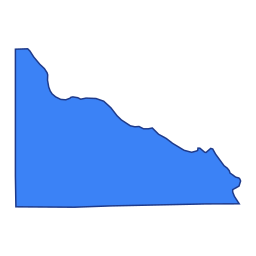 outline of Presque Isle, Michigan, United States of America
{"feature_id": "52423323B16586012901147", "entity_name": "Presque Isle", "entity_type": "district", "adm_level": 2, "iso_a3": "USA", "parent_name": "United States of America", "parent_adm1": "Michigan", "projection": "orthographic", "projection_center": [-83.792, 45.413], "detail": "fine", "context": "isolated", "style": "filled", "palette": "blue", "viewbox_px": 256, "rotation_deg": 0, "n_neighbors": 0, "source": "geoboundaries", "source_scale": "gbopen_adm2", "svg_char_len": 863}
<svg xmlns="http://www.w3.org/2000/svg" viewBox="0 0 256 256"><path d="M27.7,48.8L15.4,49.2L15.4,176.1L15.9,206.8L74.3,207.2L110.9,205.9L206.4,203.9L239.2,203.8L234.4,196.4L232.7,192.1L232.7,189.6L239.0,186.1L240.6,181.0L239.8,179.0L238.9,178.0L235.6,177.1L230.0,173.0L229.3,170.8L227.3,168.2L224.0,165.7L215.6,154.2L212.7,149.0L210.7,148.4L206.0,152.5L204.6,152.2L199.9,148.2L198.0,148.1L197.7,150.3L196.8,150.9L191.6,152.3L184.1,150.3L172.5,143.3L166.3,138.5L158.6,134.3L152.3,128.0L148.3,128.8L143.5,128.8L139.0,126.5L134.9,126.8L130.3,125.8L121.3,119.9L116.9,115.6L110.9,107.8L103.7,101.2L96.0,98.5L86.0,98.1L80.7,99.2L77.8,97.7L72.9,96.9L70.9,97.3L70.0,98.2L65.8,99.8L60.7,99.4L55.5,96.8L52.1,93.9L50.2,91.0L48.7,87.0L47.5,80.2L47.7,74.9L47.1,72.8L44.4,68.6L39.8,64.3L33.8,57.1L29.8,50.9L27.7,48.8Z" fill="#3b82f6" stroke="#1e3a8a" stroke-width="1.5"/></svg>